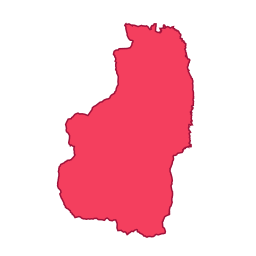 Nucsoara, Arges, Romania (Albers equal-area conic projection), rotated 186°
{"feature_id": "2599482B94508358599951", "entity_name": "Nucsoara", "entity_type": "district", "adm_level": 2, "iso_a3": "ROU", "parent_name": "Romania", "parent_adm1": "Arges", "projection": "albers", "projection_center": [24.784, 45.463], "detail": "fine", "context": "isolated", "style": "filled", "palette": "rose", "viewbox_px": 256, "rotation_deg": 186, "n_neighbors": 0, "source": "geoboundaries", "source_scale": "gbopen_adm2", "svg_char_len": 5758}
<svg xmlns="http://www.w3.org/2000/svg" viewBox="0 0 256 256"><g transform="rotate(186 128 128)"><path d="M141.4,230.9L141.9,229.6L141.2,229.0L140.6,228.0L140.5,226.6L139.2,222.9L138.7,222.0L138.5,220.1L136.7,217.1L135.0,215.6L133.0,215.5L132.2,215.2L132.1,214.1L132.8,213.0L132.9,210.7L134.2,208.1L137.1,207.0L145.1,205.9L145.9,204.6L148.1,204.2L149.8,202.8L150.2,199.8L149.9,199.3L148.8,198.7L148.6,197.4L147.7,196.6L147.3,194.8L147.8,193.0L146.4,191.9L146.3,191.6L146.8,190.9L146.9,190.0L146.7,189.5L146.7,188.2L146.0,186.6L146.4,185.3L146.3,184.6L145.9,184.6L145.2,183.2L144.8,181.2L143.9,180.0L143.0,178.1L142.8,172.9L142.3,170.7L142.4,169.6L142.9,168.9L143.5,167.1L143.8,165.8L143.8,164.2L144.3,162.9L144.8,162.6L145.1,161.7L145.0,161.1L147.8,159.1L148.9,157.6L149.1,156.3L149.5,155.7L151.0,154.8L152.1,154.6L154.1,153.6L155.0,153.0L156.5,151.3L158.5,150.7L162.4,146.9L164.2,145.8L165.5,144.4L165.7,142.5L169.2,136.2L172.3,137.1L175.0,137.3L177.8,136.9L179.3,137.6L181.7,136.4L182.3,135.9L184.2,133.1L185.0,132.6L185.5,131.3L188.4,130.6L189.6,127.5L190.4,124.9L189.8,123.6L189.1,121.1L189.3,119.5L188.7,117.8L187.7,117.3L186.6,116.3L185.3,114.3L185.1,111.2L185.4,107.2L184.9,106.0L183.5,104.8L183.4,104.4L182.6,105.1L180.3,103.9L179.4,104.0L179.3,103.7L179.6,102.8L179.6,101.3L179.4,100.3L178.9,99.5L178.9,98.1L178.6,97.4L178.7,96.7L177.9,95.7L178.7,94.0L181.3,90.5L182.1,90.3L182.8,89.7L183.6,89.8L185.1,89.4L185.5,88.4L186.7,88.1L187.8,86.7L191.1,84.7L191.4,83.3L192.3,82.3L192.3,81.5L192.5,80.8L192.5,79.9L192.3,79.6L192.7,77.5L191.8,75.4L191.8,74.0L191.6,73.1L191.9,71.7L191.8,70.4L192.0,69.9L191.9,68.7L192.2,65.7L191.9,64.6L192.0,63.2L191.0,61.0L188.5,58.9L187.9,57.0L188.9,55.3L186.9,51.2L186.5,50.9L184.0,47.0L183.7,46.3L183.8,45.7L181.9,43.4L182.0,42.8L180.7,41.8L179.0,41.2L177.6,40.1L176.8,39.8L176.4,38.4L174.5,37.1L174.3,36.2L173.8,36.2L172.7,35.3L171.3,33.4L167.6,34.8L166.0,34.5L164.4,33.4L162.9,33.0L161.2,33.2L160.0,32.9L157.9,33.6L156.5,33.4L155.0,33.9L153.1,33.8L152.3,34.5L149.6,34.9L148.0,33.8L144.1,34.1L142.0,33.7L141.6,33.9L140.9,35.2L139.9,36.0L139.2,36.2L138.2,35.7L136.6,34.3L133.9,34.1L132.6,35.0L130.6,35.3L129.0,32.3L128.5,30.3L128.7,29.3L128.4,28.5L128.6,27.6L127.3,24.9L124.0,25.5L122.7,24.5L121.3,24.0L120.3,24.5L119.3,24.1L117.7,21.9L116.9,22.5L116.6,23.4L115.6,23.8L113.7,25.7L111.7,25.6L111.5,26.2L110.4,27.2L108.7,27.9L108.1,27.6L107.8,25.9L106.8,25.6L106.2,25.7L105.1,24.6L103.1,24.0L101.4,22.9L100.9,22.2L99.4,22.3L98.4,21.5L97.3,21.6L96.8,22.2L95.8,22.2L95.1,22.5L93.1,22.3L91.4,22.7L90.1,23.8L89.9,24.4L88.8,25.2L86.7,24.9L82.9,26.6L82.2,26.5L80.2,27.3L80.0,28.9L81.1,31.6L82.0,32.6L83.1,33.2L84.0,38.2L83.3,39.3L83.3,40.5L82.9,41.2L82.3,43.5L80.5,44.9L77.8,46.3L78.2,47.2L77.9,47.3L78.1,47.6L77.9,48.4L78.2,49.0L78.0,49.4L78.3,50.7L78.0,53.4L78.1,53.6L77.1,54.9L76.3,58.9L76.6,59.2L76.6,59.8L77.0,60.9L76.9,61.3L77.1,62.3L76.8,63.6L77.0,63.9L76.7,65.1L76.8,67.1L77.2,69.6L77.8,70.2L79.2,74.9L78.8,76.4L78.4,76.9L78.8,78.4L78.4,80.1L79.2,83.4L80.3,86.3L80.7,86.7L80.7,87.5L81.6,89.0L81.8,89.9L81.7,91.0L82.0,91.6L82.0,92.2L81.6,92.5L81.0,94.6L81.0,95.0L80.4,96.8L80.2,99.8L79.6,100.8L79.5,102.2L80.2,104.7L79.7,105.5L78.5,105.6L76.9,106.4L76.2,107.8L75.8,108.1L71.6,109.4L70.8,111.1L71.3,111.9L71.2,112.2L70.4,112.5L70.3,113.4L68.9,113.7L69.1,114.5L67.1,115.2L66.8,115.6L66.1,115.8L65.5,115.3L65.4,116.2L65.1,116.6L63.5,115.9L63.3,116.2L63.5,116.6L63.4,117.7L63.7,118.1L64.1,118.0L65.6,119.1L65.6,119.6L65.0,119.9L65.2,120.7L64.8,121.5L64.8,122.0L65.3,122.6L65.4,124.5L65.9,124.8L65.9,125.5L65.5,126.5L66.0,127.2L66.6,128.9L66.5,129.4L65.3,130.2L66.1,131.4L67.2,132.2L67.2,132.7L67.6,133.2L67.8,134.7L67.7,135.1L67.1,135.5L67.6,136.0L67.7,137.8L66.8,137.9L66.0,137.3L65.4,137.8L64.4,137.9L64.9,138.6L65.3,139.8L65.9,140.2L66.1,140.7L65.9,141.4L65.0,141.6L65.0,141.9L65.8,142.9L66.0,143.8L66.2,144.1L66.0,145.2L66.3,146.5L65.9,147.4L66.1,147.8L67.1,148.5L66.8,149.0L66.3,149.3L66.1,150.0L66.6,150.4L67.5,150.2L67.6,150.4L66.8,151.4L66.6,151.9L66.7,152.8L65.9,153.3L66.3,154.0L65.4,154.7L65.7,155.1L67.0,155.7L66.8,156.6L65.4,157.3L65.6,158.3L65.5,159.1L65.7,159.6L65.6,161.3L66.2,162.5L66.3,163.8L65.8,164.6L66.2,165.4L66.0,166.0L66.3,166.5L66.6,169.9L67.1,171.7L67.7,172.7L67.7,174.7L68.0,177.4L68.5,179.0L68.3,180.7L68.6,182.0L69.0,182.6L69.3,183.8L70.5,184.6L70.7,185.7L71.5,186.5L73.8,190.5L74.0,190.9L73.4,191.7L74.7,192.6L74.7,193.1L75.0,193.7L75.3,195.0L74.7,196.3L74.7,197.9L74.3,199.3L74.0,199.7L74.0,200.6L73.6,202.0L74.4,202.8L75.8,203.0L76.9,204.9L76.9,205.4L77.6,205.4L77.8,205.0L78.2,205.2L78.3,205.9L77.4,206.8L77.9,207.7L77.8,208.6L78.6,209.3L78.8,210.9L79.7,212.2L79.8,212.6L79.0,213.6L79.0,214.3L79.6,215.3L79.2,215.9L79.3,217.8L80.5,218.3L80.7,219.0L81.3,219.0L81.4,220.1L82.5,220.6L83.2,220.3L83.5,222.4L83.8,222.6L84.6,222.4L85.4,222.7L85.3,223.8L85.6,224.4L85.2,225.2L85.2,225.9L85.4,226.7L86.6,227.4L87.7,229.3L88.3,229.8L89.4,229.7L89.7,230.4L90.0,230.5L91.3,230.4L92.0,231.6L93.4,231.7L93.5,232.3L93.4,233.5L94.8,233.0L96.1,232.0L96.6,231.9L98.0,232.7L99.3,233.0L101.0,232.0L102.2,233.9L102.7,234.2L103.3,234.1L103.5,233.1L102.9,231.5L102.5,231.1L103.9,231.1L105.2,230.5L106.6,230.4L105.9,229.5L106.0,229.2L105.4,229.0L104.9,228.3L105.4,228.0L105.1,227.2L106.0,227.0L106.0,226.5L106.4,226.5L106.4,226.1L107.4,226.3L108.6,226.2L110.8,227.2L111.0,230.9L111.5,231.0L111.1,231.1L110.8,231.9L111.0,234.5L112.8,234.3L113.1,233.4L113.9,232.3L114.4,232.2L114.7,232.4L115.2,231.9L115.8,230.3L115.5,229.8L115.6,229.1L115.4,228.8L116.1,228.7L116.4,228.2L117.3,229.0L118.7,230.7L120.2,231.5L121.6,231.0L122.9,231.2L123.9,231.0L125.3,231.4L128.6,229.9L132.0,230.8L134.4,230.8L134.4,230.2L137.9,231.6L140.4,230.8L140.9,231.5L141.4,230.9Z" fill="#f43f5e" stroke="#9f1239" stroke-width="1.5"/></g></svg>